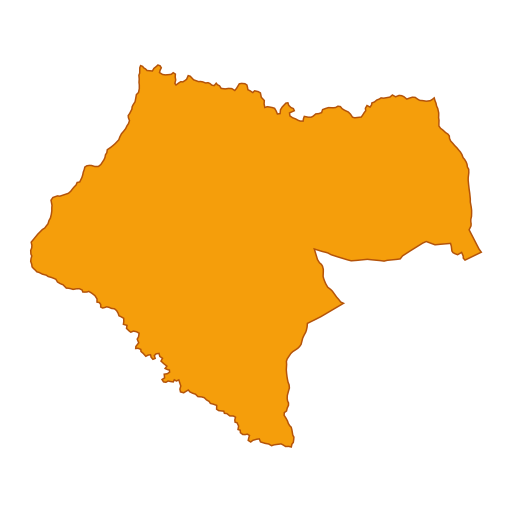 the district of Caarapó, Mato Grosso do Sul, Brazil
{"feature_id": "56859067B43727288839487", "entity_name": "Caarapó", "entity_type": "district", "adm_level": 2, "iso_a3": "BRA", "parent_name": "Brazil", "parent_adm1": "Mato Grosso do Sul", "projection": "albers", "projection_center": [-54.806, -22.627], "detail": "fine", "context": "isolated", "style": "filled", "palette": "amber", "viewbox_px": 512, "rotation_deg": 0, "n_neighbors": 0, "source": "geoboundaries", "source_scale": "gbopen_adm2", "svg_char_len": 5975}
<svg xmlns="http://www.w3.org/2000/svg" viewBox="0 0 512 512"><path d="M291.9,444.2L293.3,442.4L293.7,439.7L293.9,437.1L292.8,435.2L291.9,429.9L291.2,427.2L289.7,425.7L288.3,423.4L287.5,421.0L286.0,418.2L284.1,415.3L284.3,412.6L286.5,411.0L287.2,408.1L288.5,405.3L288.5,402.9L287.6,401.1L287.2,398.7L287.3,395.5L288.7,390.3L289.4,388.0L289.1,384.9L288.0,382.0L287.5,379.6L287.0,376.7L286.6,373.4L286.3,369.8L286.6,364.5L286.4,361.3L287.2,358.9L290.8,353.5L292.8,351.6L295.0,350.2L297.8,348.3L299.6,346.5L301.1,344.3L302.7,338.1L304.1,335.1L305.7,332.2L306.4,330.2L307.1,326.9L307.4,323.4L320.8,316.7L343.5,303.3L340.7,302.0L338.5,299.2L336.6,297.1L332.4,291.2L330.7,289.5L327.7,287.2L325.7,283.7L324.5,280.9L323.7,278.7L323.1,276.4L323.3,271.7L323.3,269.3L322.5,266.2L321.4,264.4L319.5,262.8L317.5,259.6L314.3,249.0L322.4,251.5L325.7,252.3L328.0,253.0L331.1,254.7L337.2,256.7L347.4,259.8L351.2,260.8L356.5,260.4L367.4,259.3L370.9,259.7L380.4,260.6L384.1,261.1L387.3,260.3L396.5,259.4L400.2,258.9L402.5,255.9L410.2,250.9L422.7,243.1L426.2,241.5L435.0,244.8L441.1,244.2L450.5,243.4L451.3,246.1L451.9,251.0L453.0,252.6L454.8,253.6L457.6,254.7L461.6,252.4L463.2,256.0L463.3,258.2L465.0,260.1L481.3,252.2L479.0,249.0L469.1,229.8L471.0,225.9L471.1,223.8L470.8,221.7L470.8,219.4L471.5,216.3L471.6,213.3L471.6,210.2L471.2,207.0L470.3,202.0L470.3,199.0L469.7,193.1L469.1,189.0L468.6,184.6L468.2,180.5L468.2,177.7L468.8,172.7L468.7,169.3L467.4,167.0L467.0,164.2L466.2,162.1L464.6,159.4L463.1,157.7L461.9,154.5L460.4,152.0L458.5,149.8L457.0,147.9L454.7,145.6L452.6,143.1L450.7,141.1L449.5,138.4L449.3,136.0L448.0,134.2L445.6,132.6L442.7,129.9L440.6,128.4L438.9,126.0L438.9,123.7L439.0,120.3L438.6,117.8L438.7,115.3L438.7,112.9L437.7,108.4L436.6,106.1L436.0,103.2L435.0,100.7L434.2,97.9L432.5,99.3L430.2,100.7L426.3,101.2L422.7,100.6L419.8,100.4L417.7,99.2L415.2,97.4L412.4,97.2L409.1,98.2L406.8,99.1L403.9,96.7L401.7,95.7L399.1,95.4L395.6,96.8L392.4,95.0L389.9,97.1L383.6,98.2L381.0,97.9L379.4,99.0L376.8,100.0L374.4,102.0L371.9,102.9L371.5,105.0L370.0,107.1L367.0,105.5L365.4,108.3L365.7,110.8L364.3,112.5L362.6,115.2L361.2,117.1L359.0,117.3L354.7,117.8L352.5,117.2L350.5,114.2L348.3,112.0L344.5,110.2L342.1,108.7L340.4,106.6L337.9,106.2L335.7,107.5L333.2,107.8L328.5,107.6L325.8,108.4L322.6,109.6L321.6,112.6L318.8,113.6L315.8,113.9L313.1,116.2L311.2,117.2L308.2,117.2L304.3,116.4L303.5,118.6L303.1,121.1L300.4,121.1L298.1,120.3L295.8,119.0L292.5,117.7L289.9,115.9L289.5,112.9L294.3,110.7L293.4,108.6L290.9,107.5L288.7,105.3L287.9,102.8L285.9,103.1L282.2,107.0L280.5,109.7L280.1,113.6L277.4,114.0L276.3,111.3L274.6,108.3L272.5,107.6L269.9,107.1L267.3,106.7L264.8,107.5L264.1,103.8L264.3,100.5L261.3,97.3L260.4,92.9L258.2,91.6L254.6,90.8L252.8,92.6L250.1,90.8L247.9,89.7L247.5,87.4L246.9,85.0L244.9,83.7L241.6,83.4L239.3,83.8L236.5,88.4L234.8,90.5L231.8,88.6L228.6,88.4L225.2,88.9L221.2,88.4L219.5,85.8L217.4,84.7L216.2,83.2L214.2,85.6L211.9,85.2L209.9,83.5L208.0,82.7L205.6,83.0L202.8,81.9L200.5,81.5L198.5,81.6L193.6,79.8L190.2,76.2L188.2,75.6L186.6,79.3L184.9,80.6L182.8,81.9L180.8,81.7L179.1,82.7L176.0,85.0L174.9,83.4L175.7,80.0L175.2,77.0L175.4,74.1L173.2,72.7L171.3,74.3L169.0,74.6L165.3,74.9L162.6,74.5L159.5,72.6L160.1,70.2L161.3,67.8L160.1,65.8L157.9,65.0L156.4,66.4L153.9,68.4L152.4,71.0L147.0,70.5L145.6,69.0L143.8,67.9L142.6,66.4L140.6,65.6L139.8,67.7L139.7,73.1L138.9,75.2L139.2,79.1L139.0,82.4L139.3,84.9L139.3,88.7L138.5,92.5L136.4,94.6L135.1,101.7L133.0,105.0L132.1,106.9L131.9,109.1L129.6,113.6L128.2,115.6L128.4,117.7L129.5,120.6L128.5,123.6L127.0,125.8L125.6,128.7L123.5,131.4L121.5,133.7L119.8,137.0L118.8,139.8L115.0,143.8L112.7,145.8L110.8,147.3L107.3,149.7L106.8,152.8L105.5,154.7L105.0,157.4L104.0,159.7L102.5,162.0L100.8,164.6L98.3,166.5L94.8,166.5L91.5,165.5L89.4,165.4L86.8,165.8L84.8,167.1L84.3,169.4L83.3,172.1L82.7,175.0L81.9,177.5L80.8,179.8L79.7,182.0L77.1,182.5L76.1,185.0L74.1,187.0L72.5,188.9L70.7,191.3L68.4,193.3L59.8,196.2L57.4,195.9L52.9,197.5L51.0,200.2L52.0,205.3L51.8,207.8L51.8,210.9L51.3,214.4L50.4,218.0L49.0,220.5L48.0,223.8L46.4,225.8L44.7,228.1L42.4,229.5L37.9,234.0L31.2,242.2L31.9,245.3L31.7,248.0L30.7,250.4L30.9,254.0L31.8,255.9L31.0,258.8L30.7,261.4L31.7,264.2L32.1,266.9L33.5,268.5L35.5,270.3L36.8,271.8L39.2,272.5L42.3,274.1L46.3,275.2L48.1,276.5L51.3,277.4L53.9,278.4L55.9,279.3L57.5,282.0L60.2,283.6L63.1,284.8L66.3,288.1L68.2,288.2L70.4,288.6L73.1,289.4L76.4,288.8L79.4,288.7L82.1,290.0L82.8,292.0L84.8,292.1L86.9,292.0L88.8,291.4L91.5,293.0L94.9,295.6L97.0,298.9L97.0,302.1L99.4,302.6L100.7,304.5L100.7,307.0L102.6,308.0L104.8,307.5L106.7,306.8L109.2,307.4L111.4,308.4L114.5,308.8L116.6,310.6L118.1,313.2L119.0,315.8L120.8,316.6L123.7,318.3L123.8,321.5L123.4,324.3L127.0,325.4L126.5,328.4L129.2,331.0L130.8,332.2L133.4,331.1L136.4,331.7L139.1,333.2L138.5,336.9L137.2,339.1L138.7,342.8L135.9,346.4L135.7,348.5L138.1,348.3L140.8,349.4L141.0,351.5L143.2,353.4L145.8,356.3L148.1,355.1L150.5,354.7L151.1,357.2L152.9,359.3L155.2,358.4L154.3,355.6L156.1,353.8L159.0,353.4L159.8,356.4L162.5,358.3L161.0,361.1L163.7,363.6L166.9,366.1L165.1,368.5L167.5,369.6L169.4,370.0L169.6,372.2L167.3,373.7L164.2,374.2L164.6,377.9L162.0,379.5L163.5,381.9L165.9,382.3L168.1,381.0L170.8,381.6L173.3,381.9L174.3,379.8L176.4,381.0L178.8,379.9L180.8,386.0L179.9,389.1L180.5,391.9L183.7,392.8L185.9,391.4L188.3,390.0L189.9,391.9L192.6,393.2L195.5,394.2L197.9,396.6L201.6,396.9L204.3,397.7L206.5,399.9L209.1,401.4L210.4,403.4L213.1,404.1L216.7,405.4L216.6,409.2L218.7,410.6L223.8,411.2L224.4,413.3L226.9,413.6L229.8,415.9L233.4,416.0L235.5,417.2L234.8,420.0L235.1,422.2L237.0,422.7L238.6,426.0L238.0,429.5L240.2,430.2L240.4,432.7L242.8,434.5L245.3,434.6L247.3,434.1L249.5,435.5L248.7,438.1L248.2,440.4L250.7,442.0L252.9,440.3L256.8,439.2L259.3,438.9L260.5,441.9L265.2,443.4L268.7,444.0L271.6,445.7L273.8,444.9L276.4,444.5L281.1,443.9L283.2,445.0L285.6,446.5L288.7,446.4L291.3,447.0L291.9,444.2Z" fill="#f59e0b" stroke="#b45309" stroke-width="1.5"/></svg>